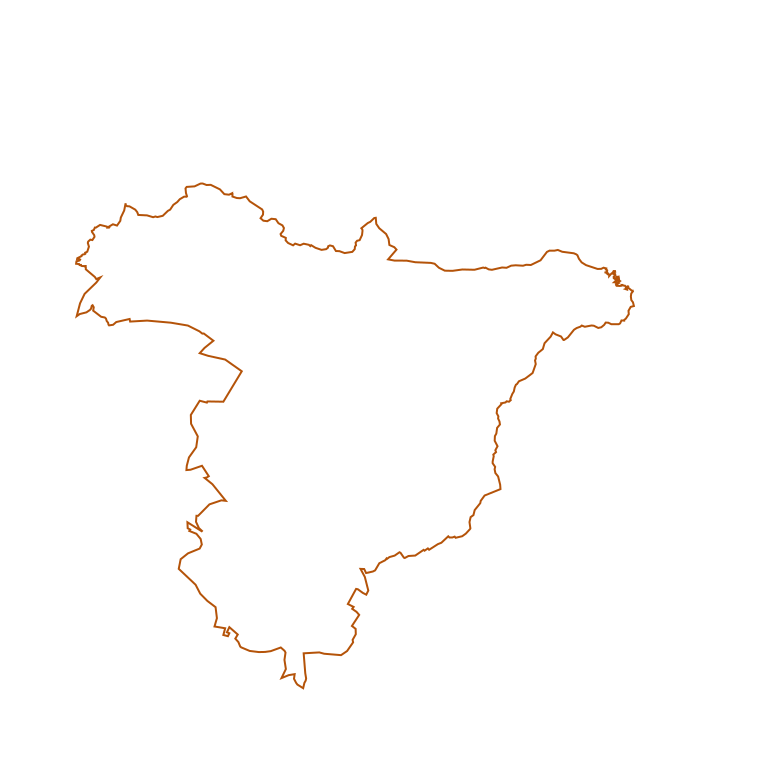 Alba Iulia, Alba, Romania (Robinson projection), rotated 160°
{"feature_id": "2599482B11612848018350", "entity_name": "Alba Iulia", "entity_type": "district", "adm_level": 2, "iso_a3": "ROU", "parent_name": "Romania", "parent_adm1": "Alba", "projection": "robinson", "projection_center": [23.551, 46.066], "detail": "fine", "context": "isolated", "style": "outline", "palette": "amber", "viewbox_px": 768, "rotation_deg": 160, "n_neighbors": 0, "source": "geoboundaries", "source_scale": "gbopen_adm2", "svg_char_len": 6166}
<svg xmlns="http://www.w3.org/2000/svg" viewBox="0 0 768 768"><g transform="rotate(160 384 384)"><path d="M565.0,642.2L568.8,635.9L574.4,630.4L576.0,627.5L580.7,624.2L584.1,626.8L588.4,626.0L588.4,625.3L588.9,625.0L590.6,625.6L590.3,626.3L590.6,626.7L596.4,630.6L601.3,629.5L602.2,629.9L604.0,628.0L606.2,627.8L606.4,626.8L605.4,623.0L605.7,621.3L608.8,619.0L610.6,620.1L613.3,619.0L614.1,617.8L614.3,614.0L617.6,609.8L619.9,609.6L620.0,608.6L620.8,608.3L622.5,608.7L624.3,608.2L624.5,607.6L629.2,607.1L629.6,606.4L628.4,606.3L627.0,604.9L627.8,604.2L631.1,604.4L632.2,602.3L629.4,600.9L629.4,599.9L628.0,599.5L628.1,598.7L627.4,598.1L624.3,597.0L624.8,596.5L624.2,595.9L625.0,593.8L619.1,583.5L618.5,581.0L614.1,581.2L619.7,577.7L634.5,571.1L642.0,563.8L649.6,552.8L646.0,553.8L639.1,553.1L635.2,554.1L633.6,554.9L631.8,557.5L630.9,557.7L630.5,555.4L632.2,552.4L626.8,543.9L623.6,542.0L622.9,540.6L623.0,537.9L622.3,536.0L622.6,534.0L622.3,533.1L618.3,532.3L614.4,533.8L600.8,532.1L601.2,529.5L584.9,524.6L563.3,514.5L548.3,506.0L539.4,496.6L537.5,493.5L536.1,493.1L529.5,483.0L540.3,479.3L546.6,476.0L539.6,470.6L524.9,461.3L513.3,444.6L541.0,422.3L555.9,428.0L556.8,427.1L562.9,431.3L576.1,421.0L578.9,412.6L576.9,398.5L582.1,388.8L592.4,381.7L597.3,374.6L599.1,370.7L595.1,369.6L583.0,369.4L580.2,357.3L582.5,356.8L584.7,357.1L579.5,348.5L572.6,328.3L576.6,330.3L589.2,330.6L603.8,323.7L605.3,324.3L607.8,318.8L607.2,311.9L605.3,308.2L605.7,308.0L616.0,321.3L617.8,315.6L615.9,313.5L617.2,312.5L611.5,307.4L609.3,301.1L610.1,295.5L613.5,292.4L626.1,291.9L635.0,288.9L640.1,280.5L629.7,259.8L628.4,249.8L624.2,240.6L618.6,231.9L621.1,221.1L626.2,214.1L616.8,208.8L620.8,203.1L616.9,200.4L614.6,202.7L616.5,204.4L612.5,208.4L607.1,198.6L610.8,195.6L609.1,191.3L608.9,186.5L608.3,185.4L601.5,179.1L593.3,174.9L587.4,172.9L581.8,171.7L571.1,171.7L568.7,167.3L568.4,165.3L571.9,158.8L573.7,149.7L580.9,142.7L573.1,143.0L567.2,141.9L569.4,137.8L568.8,133.2L568.2,131.2L564.0,125.8L561.0,130.4L559.1,132.0L557.9,133.9L556.9,139.2L551.6,158.4L536.6,153.9L532.5,151.0L517.1,143.9L510.0,145.7L501.4,151.8L501.0,154.3L496.1,158.5L494.4,163.6L496.9,167.6L486.3,175.5L487.7,179.2L490.8,183.6L488.8,184.9L493.2,189.6L480.3,201.0L478.8,200.1L475.4,195.0L472.7,192.1L469.4,195.3L468.0,209.2L469.3,218.3L465.9,216.9L465.5,212.5L458.6,211.6L456.1,211.9L449.7,217.2L443.1,218.0L441.3,219.2L441.1,218.6L438.1,219.5L432.7,219.1L427.0,220.6L426.2,219.7L424.7,214.0L424.0,213.4L419.8,214.0L413.3,212.1L403.5,214.6L402.9,213.5L399.0,214.5L398.3,212.8L388.1,215.1L384.4,215.2L375.7,218.9L375.0,217.4L372.2,216.4L369.8,216.4L369.3,215.0L362.6,214.2L358.3,215.4L352.7,218.3L352.2,218.8L350.9,225.0L348.1,229.3L344.8,230.2L341.9,234.5L334.3,239.1L333.1,241.1L327.6,244.8L310.5,245.4L309.3,249.6L308.4,258.1L309.8,262.2L309.2,266.1L307.9,268.1L309.0,272.4L308.4,274.0L305.6,278.6L305.4,280.3L302.0,281.7L302.0,283.7L298.6,286.7L299.4,292.8L297.6,297.1L295.4,299.0L292.7,304.1L288.9,306.3L288.3,309.3L288.6,312.5L287.6,314.5L288.1,318.1L286.0,322.1L280.5,324.9L280.5,325.8L276.1,325.1L274.7,325.8L272.6,324.6L270.4,325.5L270.5,326.7L266.7,330.9L264.6,332.5L262.4,336.0L260.3,338.2L259.0,338.5L256.3,340.4L249.4,340.8L240.6,343.5L234.6,350.8L234.0,354.5L232.7,355.9L232.1,358.1L228.3,360.6L222.8,362.5L219.2,367.4L211.2,371.5L207.6,374.7L205.8,372.0L201.4,368.1L200.3,364.0L199.6,363.8L195.3,364.9L186.9,370.0L183.8,370.7L179.8,370.7L178.2,371.3L175.7,369.1L169.0,368.0L166.9,367.0L163.5,363.4L160.4,363.0L156.8,364.3L154.7,365.9L152.3,364.9L150.0,362.5L143.0,359.9L141.4,360.2L139.1,362.5L136.6,361.4L136.3,362.1L134.4,362.7L130.1,365.9L129.2,369.2L125.8,372.1L122.5,371.8L122.1,375.6L122.9,378.3L122.1,381.8L120.7,384.5L118.4,385.9L118.4,386.6L119.0,386.6L121.3,390.5L123.1,390.6L123.3,389.6L124.7,390.7L123.7,390.8L123.7,391.3L122.0,390.9L122.5,391.9L121.6,391.7L120.6,392.8L121.6,392.2L123.6,392.6L123.9,393.9L125.9,394.9L125.9,395.5L127.0,395.9L127.6,395.2L128.9,395.5L131.5,396.6L131.1,397.3L132.8,397.7L129.5,398.4L130.5,399.0L127.0,400.0L127.6,400.8L127.4,401.7L128.6,400.6L128.7,401.9L131.9,400.5L132.9,400.9L129.2,402.5L128.3,403.4L128.6,403.8L127.9,403.6L127.1,404.7L128.5,405.0L131.8,403.1L131.0,403.8L131.9,404.9L131.5,406.2L129.7,406.7L130.0,407.5L128.5,407.5L129.2,407.8L129.3,408.9L130.3,408.3L130.6,409.3L129.3,410.8L128.4,410.5L128.3,411.1L129.6,411.6L131.8,409.7L132.3,410.1L135.5,408.4L134.9,409.9L136.3,410.6L136.9,412.3L138.5,413.6L136.0,412.4L136.2,413.3L135.5,414.1L135.3,415.3L135.6,414.9L136.4,415.7L135.6,416.6L137.9,418.2L140.5,417.9L144.0,419.1L153.5,426.6L156.7,430.7L158.0,435.0L158.2,438.8L158.9,440.0L160.9,441.9L171.3,447.3L174.8,450.5L178.3,451.0L182.8,452.7L185.7,452.4L194.6,446.7L205.3,445.6L209.6,447.4L212.9,447.6L219.6,450.5L224.0,451.7L229.1,451.3L233.2,453.1L243.5,454.4L246.4,455.9L248.8,458.6L249.6,458.5L251.0,459.5L259.9,460.4L271.2,464.8L280.9,466.9L288.1,469.7L292.6,474.4L295.3,479.7L298.6,481.8L312.9,487.7L320.6,492.2L331.8,496.3L337.5,499.7L326.3,506.0L327.5,509.0L331.4,512.8L330.1,518.6L330.7,524.2L335.2,532.0L336.5,537.1L334.9,543.0L336.4,543.3L341.4,541.1L344.2,540.8L352.0,538.1L351.5,536.6L351.8,535.3L353.7,531.5L357.7,527.5L360.3,527.8L362.3,526.6L362.9,523.8L364.2,523.2L365.4,520.7L368.6,519.0L376.2,520.5L380.5,524.1L383.7,525.4L384.8,530.9L387.4,532.7L389.4,532.5L390.0,531.3L392.2,530.5L396.8,531.4L401.8,535.4L405.0,539.4L406.1,538.8L407.0,540.5L411.5,543.3L415.4,543.1L419.5,546.3L422.0,545.4L425.9,549.3L427.3,552.6L426.3,554.9L429.9,558.4L429.9,560.3L426.3,562.4L424.7,564.8L425.2,567.8L428.2,571.2L429.4,575.9L433.3,577.8L438.0,576.9L441.5,578.7L443.3,582.0L439.8,584.5L438.6,587.3L438.8,589.7L447.7,601.6L449.5,607.4L455.7,607.8L458.7,609.1L462.3,612.0L461.4,614.4L462.1,614.6L461.7,615.2L464.9,614.9L469.1,617.0L471.6,623.0L478.7,630.4L482.7,631.7L485.8,634.4L487.9,635.1L494.4,634.5L502.0,636.7L503.6,635.7L504.8,631.1L504.9,627.8L505.4,627.5L507.8,628.4L512.7,627.5L516.0,625.7L520.7,624.4L525.3,621.0L527.9,620.6L534.4,617.7L539.9,618.4L541.5,619.6L543.9,619.7L549.0,623.5L557.1,626.9L557.1,629.9L558.1,632.9L562.4,638.0L564.7,639.0L565.5,640.6L565.0,642.2Z" fill="none" stroke="#b45309" stroke-width="2"/></g></svg>